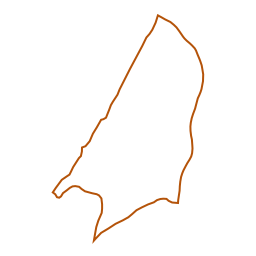 the district of Djouè, Haut-Ogooué, Gabon
{"feature_id": "22940354B62509297980866", "entity_name": "Djouè", "entity_type": "district", "adm_level": 2, "iso_a3": "GAB", "parent_name": "Gabon", "parent_adm1": "Haut-Ogooué", "projection": "equal_earth", "projection_center": [14.27, -0.747], "detail": "fine", "context": "isolated", "style": "outline", "palette": "amber", "viewbox_px": 256, "rotation_deg": 0, "n_neighbors": 0, "source": "geoboundaries", "source_scale": "gbopen_adm2", "svg_char_len": 1509}
<svg xmlns="http://www.w3.org/2000/svg" viewBox="0 0 256 256"><path d="M178.0,203.0L178.2,200.1L179.6,190.7L179.8,186.3L180.3,181.5L181.1,176.9L182.3,173.2L183.5,170.3L185.8,165.9L187.4,163.0L189.5,159.7L191.2,156.5L192.1,153.2L192.5,148.6L192.3,145.1L191.9,139.5L191.1,135.8L190.5,130.8L190.4,126.5L190.8,122.7L191.7,118.3L193.1,113.9L195.1,108.6L196.0,105.1L197.8,98.3L199.3,95.1L200.6,91.9L201.5,89.1L202.2,85.4L203.0,81.2L203.2,74.4L202.4,69.4L201.7,65.4L200.4,61.5L199.5,59.1L197.6,54.6L196.0,50.5L194.7,48.3L192.1,45.5L190.0,43.5L186.7,40.7L184.5,38.5L183.0,36.6L181.3,34.1L179.3,31.2L176.5,27.4L173.8,24.8L170.4,22.0L165.1,19.4L161.1,17.1L157.9,15.4L155.6,22.7L152.3,29.8L149.5,34.0L146.4,37.5L142.3,45.9L130.0,68.9L119.6,89.4L117.5,94.7L112.9,101.7L110.9,105.1L109.2,109.7L106.0,117.7L103.4,119.2L101.1,119.8L96.9,127.2L92.9,133.7L89.7,141.2L85.5,146.2L82.0,147.5L81.9,151.5L80.9,156.1L78.9,158.1L73.2,167.0L70.9,171.8L69.5,174.6L66.9,176.3L61.8,179.8L55.8,187.9L52.8,192.4L55.3,194.3L57.0,197.2L59.2,197.7L61.0,196.4L63.0,193.1L66.8,190.3L69.8,187.9L72.5,186.4L75.3,186.1L79.1,186.8L81.6,189.0L85.0,191.3L92.4,193.3L96.7,194.2L99.0,195.4L101.4,198.4L102.1,204.2L102.1,208.7L101.7,212.9L98.3,220.7L96.3,227.0L95.0,234.2L93.9,240.6L95.3,239.0L101.2,232.8L108.4,228.5L115.6,223.8L122.9,220.3L128.4,217.2L131.9,214.3L136.5,210.2L142.0,207.3L148.1,204.4L153.9,202.3L157.0,200.1L160.4,199.0L163.4,198.7L166.5,198.9L168.6,200.8L172.1,202.5L178.0,203.0Z" fill="none" stroke="#b45309" stroke-width="2"/></svg>